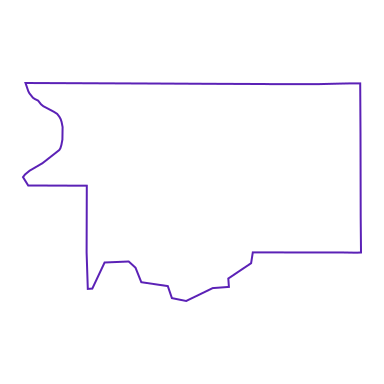 the district of DeSoto, Mississippi, United States of America
{"feature_id": "52423323B17373882514078", "entity_name": "DeSoto", "entity_type": "district", "adm_level": 2, "iso_a3": "USA", "parent_name": "United States of America", "parent_adm1": "Mississippi", "projection": "equal_earth", "projection_center": [-90.082, 34.852], "detail": "fine", "context": "isolated", "style": "outline", "palette": "violet", "viewbox_px": 384, "rotation_deg": 0, "n_neighbors": 0, "source": "geoboundaries", "source_scale": "gbopen_adm2", "svg_char_len": 777}
<svg xmlns="http://www.w3.org/2000/svg" viewBox="0 0 384 384"><path d="M87.8,288.9L92.3,288.6L104.6,262.5L128.7,261.5L135.5,267.7L141.3,282.2L167.8,286.1L171.9,298.1L186.1,301.0L212.7,288.1L228.9,286.9L228.3,278.5L251.1,263.2L252.8,252.4L344.0,252.5L356.7,252.7L361.0,252.5L360.7,216.8L360.5,134.6L360.2,83.4L350.2,83.4L340.0,83.6L319.7,84.1L309.4,84.1L289.2,84.1L269.2,84.1L263.5,84.0L258.9,84.0L208.3,83.8L188.2,83.7L167.7,83.6L147.4,83.5L25.5,83.0L28.3,91.2L29.4,93.3L32.9,97.7L34.8,99.0L38.1,100.6L41.0,104.3L43.3,106.2L53.9,111.8L57.2,113.9L59.4,116.8L60.7,119.2L61.6,122.0L62.6,127.1L62.4,139.6L61.4,144.9L60.4,148.2L59.3,150.0L42.6,163.1L29.6,170.7L25.0,174.5L23.0,177.1L28.2,185.5L86.8,185.7L86.6,252.4L87.8,288.9Z" fill="none" stroke="#5b21b6" stroke-width="2"/></svg>